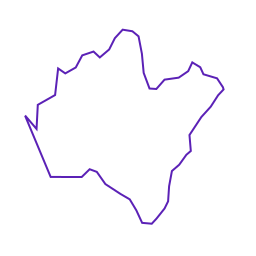 Arboga, Västmanland, Sweden (Equal Earth projection), rotated 82°
{"feature_id": "70781695B70233385943782", "entity_name": "Arboga", "entity_type": "district", "adm_level": 2, "iso_a3": "SWE", "parent_name": "Sweden", "parent_adm1": "Västmanland", "projection": "equal_earth", "projection_center": [15.804, 59.383], "detail": "fine", "context": "isolated", "style": "outline", "palette": "violet", "viewbox_px": 256, "rotation_deg": 82, "n_neighbors": 0, "source": "geoboundaries", "source_scale": "gbopen_adm2", "svg_char_len": 780}
<svg xmlns="http://www.w3.org/2000/svg" viewBox="0 0 256 256"><g transform="rotate(82 128 128)"><path d="M225.5,120.3L226.1,117.8L221.7,112.4L212.8,103.0L206.2,98.5L191.4,95.4L176.7,90.5L171.5,82.4L162.6,73.9L159.5,69.0L143.5,68.1L127.3,53.8L118.4,43.1L108.1,34.2L103.1,28.0L100.9,28.3L91.2,32.9L85.3,45.8L77.9,48.0L72.0,55.2L80.1,60.5L85.2,70.8L85.2,85.1L93.3,94.5L91.9,101.2L75.6,104.8L56.4,103.9L38.7,104.8L32.8,110.2L29.9,119.6L30.2,120.0L37.2,128.5L47.6,135.7L54.2,146.1L47.5,151.5L49.7,163.2L60.8,171.3L65.2,182.5L59.3,188.9L85.2,195.6L92.5,214.1L116.2,218.7L102.1,227.7L102.3,228.0L165.7,211.4L165.9,210.0L170.1,180.7L163.5,171.7L167.1,165.0L180.4,158.2L192.2,144.7L198.9,136.2L210.7,131.2L223.9,127.2L225.5,120.3Z" fill="none" stroke="#5b21b6" stroke-width="2"/></g></svg>